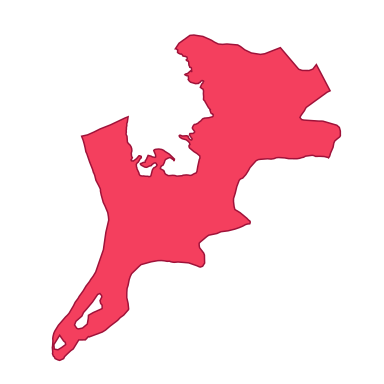 outline of Mitubas, Kafr ash Shaykh, Egypt, rotated 265°
{"feature_id": "37247803B73956026156280", "entity_name": "Mitubas", "entity_type": "district", "adm_level": 2, "iso_a3": "EGY", "parent_name": "Egypt", "parent_adm1": "Kafr ash Shaykh", "projection": "orthographic", "projection_center": [30.507, 31.383], "detail": "fine", "context": "isolated", "style": "filled", "palette": "rose", "viewbox_px": 384, "rotation_deg": 265, "n_neighbors": 0, "source": "geoboundaries", "source_scale": "gbopen_adm2", "svg_char_len": 6014}
<svg xmlns="http://www.w3.org/2000/svg" viewBox="0 0 384 384"><g transform="rotate(265 192 192)"><path d="M308.1,327.0L303.9,323.1L302.8,319.3L303.5,312.3L305.0,309.0L328.1,292.6L323.4,276.6L323.1,272.2L325.3,263.3L329.0,257.0L332.7,253.0L334.5,250.4L336.4,239.7L336.4,235.3L337.1,231.2L339.3,227.5L341.5,224.6L346.0,216.5L348.2,207.6L348.2,203.6L341.3,192.0L336.1,187.9L335.9,189.0L334.8,189.8L334.8,190.1L333.7,190.1L332.6,189.7L331.5,190.5L330.7,192.0L330.4,192.3L330.4,193.4L329.6,194.2L328.2,194.9L328.2,195.3L327.8,196.0L327.8,197.1L327.4,197.5L327.0,198.6L326.0,198.9L324.9,198.9L324.1,197.8L323.8,198.2L323.4,198.2L322.7,199.3L322.7,199.7L321.9,200.0L318.6,200.0L316.8,200.7L316.4,200.7L316.1,201.8L315.7,202.2L312.1,202.2L312.1,201.8L312.8,201.1L310.3,197.7L310.3,196.6L309.9,195.5L309.5,195.1L308.4,196.6L308.1,198.1L307.7,198.4L305.1,198.4L304.4,198.0L302.6,199.1L301.5,200.2L299.6,205.0L299.6,208.0L300.3,208.7L300.7,209.8L301.4,210.2L302.2,211.7L301.8,212.8L301.4,213.2L301.1,212.8L299.5,212.3L298.9,211.3L295.6,209.4L294.5,210.5L293.4,212.0L291.6,212.3L289.0,211.9L285.7,211.9L283.2,211.5L282.4,211.9L281.7,212.6L280.6,213.0L274.4,215.9L273.6,216.6L272.5,217.4L272.2,217.0L269.2,217.7L268.5,218.1L268.1,218.8L268.1,219.2L267.8,219.2L267.0,219.9L265.6,219.5L265.2,219.1L264.5,215.1L264.5,210.6L264.2,210.3L264.2,209.5L263.8,208.8L262.0,206.9L260.9,205.0L260.2,204.3L259.1,201.7L259.1,200.2L258.0,199.1L256.2,198.0L255.1,198.0L252.2,199.8L251.4,199.8L250.7,199.0L250.3,198.3L250.4,195.0L249.6,194.6L248.2,194.9L244.9,196.8L244.1,196.4L243.8,195.7L244.5,194.5L246.7,193.1L247.4,193.1L247.8,192.7L248.2,192.7L248.2,192.0L248.5,191.6L248.6,187.2L248.9,186.8L249.7,185.0L249.3,184.2L248.6,184.2L247.8,184.6L247.1,185.3L246.0,186.8L244.5,190.8L242.7,192.7L241.2,193.8L239.4,194.1L239.0,193.4L238.3,193.0L237.2,193.0L236.1,193.4L232.1,197.4L229.9,200.3L227.3,202.9L225.1,202.9L223.7,202.1L216.7,199.9L212.0,198.7L210.5,197.6L210.2,196.1L208.7,192.8L208.7,191.3L209.1,190.2L209.5,188.0L209.5,184.6L209.1,183.5L209.1,178.3L209.9,176.5L210.3,174.3L210.3,170.2L210.6,169.5L210.6,169.1L211.4,168.4L211.7,167.6L212.5,166.9L213.2,166.5L214.7,166.2L215.0,165.8L215.8,165.8L218.0,162.5L219.4,162.9L220.2,163.6L220.5,163.6L221.3,165.5L223.8,167.0L225.6,167.7L226.7,168.5L227.8,171.1L228.2,172.6L228.2,173.3L226.3,175.5L226.0,176.3L224.9,176.6L224.9,177.0L226.3,177.4L231.8,172.6L235.1,168.2L235.9,167.5L237.0,165.6L237.7,162.7L237.7,159.7L237.4,158.2L236.6,157.5L232.2,158.9L230.1,158.9L229.7,158.2L230.1,156.7L230.4,155.6L231.2,154.5L232.3,151.5L231.9,151.2L230.8,150.8L230.5,150.4L229.0,149.7L227.9,148.9L227.2,148.2L226.1,148.1L225.7,147.8L225.7,145.9L225.0,144.4L225.0,143.7L224.6,143.0L224.3,143.0L223.2,143.7L221.0,147.0L220.6,148.5L220.6,149.2L221.7,152.2L221.7,153.3L222.0,154.0L222.8,154.4L224.2,157.0L224.2,158.1L223.5,158.9L222.4,159.2L222.0,159.6L221.3,159.2L220.6,158.5L219.8,157.3L219.5,156.2L218.4,155.1L217.3,154.4L211.8,152.5L211.1,151.7L211.1,150.2L211.5,149.5L211.8,146.5L212.2,145.4L212.2,144.0L212.6,142.5L213.0,141.7L214.1,141.0L215.9,140.7L219.9,139.2L221.0,139.2L221.7,138.9L224.3,138.9L225.4,139.6L226.1,140.4L226.5,141.1L229.8,143.4L230.5,144.5L231.9,144.5L232.7,143.0L232.7,142.3L230.1,139.7L228.0,136.3L228.3,134.5L228.7,134.5L229.1,134.1L229.4,134.1L230.2,134.9L231.6,135.6L232.0,135.2L233.1,134.9L234.2,134.9L236.0,134.9L238.2,135.7L240.4,135.7L242.2,135.3L243.7,134.6L244.8,133.9L245.5,133.1L247.3,132.0L253.2,132.1L255.0,131.4L256.1,131.4L257.2,131.8L259.0,131.8L260.5,132.2L261.6,132.2L264.1,132.9L265.6,132.9L267.4,133.7L272.5,134.9L271.5,131.5L266.0,116.7L262.8,105.9L260.3,99.6L258.0,92.9L257.2,86.9L253.0,88.1L249.3,88.8L245.3,89.4L241.3,89.8L239.5,90.5L230.7,92.7L223.3,94.9L219.7,95.6L219.4,95.9L216.8,96.6L212.1,97.3L205.6,100.0L202.9,101.0L200.7,100.9L197.1,101.3L189.4,102.7L185.7,104.1L178.8,106.3L174.7,106.6L171.3,106.6L159.4,102.7L142.2,98.7L120.7,89.1L116.7,86.2L113.8,83.6L111.6,82.0L107.6,78.3L102.9,74.9L97.8,70.5L96.0,69.3L92.3,66.0L89.1,64.1L81.8,58.9L80.0,57.0L78.5,55.1L70.9,47.3L65.4,43.2L63.2,42.0L60.3,41.0L58.1,40.5L55.9,40.5L50.8,39.7L49.3,39.3L44.6,39.3L43.1,38.9L40.6,39.6L39.8,40.4L38.0,41.1L36.5,43.7L35.8,45.5L37.2,49.6L39.1,50.7L41.6,53.7L44.5,57.4L46.0,60.0L54.5,66.3L54.0,72.9L57.0,76.2L56.6,77.0L60.3,90.4L62.0,93.8L65.6,98.8L70.6,106.7L73.1,109.5L75.3,113.2L80.4,118.5L81.1,118.7L86.7,118.6L92.4,117.8L97.7,118.3L101.5,118.9L104.6,120.2L110.2,121.8L113.2,123.1L115.9,124.7L122.3,132.5L124.1,134.9L126.0,145.1L126.6,152.0L126.4,155.4L125.9,158.3L125.1,161.2L125.0,163.6L124.4,164.7L123.9,166.3L123.5,168.1L123.5,172.0L121.7,182.5L118.1,190.5L116.8,192.8L116.5,193.8L117.1,196.1L120.1,198.4L122.1,198.5L128.1,198.9L130.2,198.3L135.5,194.9L136.5,194.6L138.8,194.5L140.4,194.7L141.4,195.8L146.3,202.8L147.5,204.9L148.5,213.3L149.9,217.3L150.2,224.6L151.3,231.5L152.4,235.9L153.5,239.4L154.9,242.6L155.3,244.7L155.3,246.8L156.4,247.3L157.8,247.3L159.2,245.8L161.1,244.3L167.3,238.0L170.8,233.2L173.6,232.7L175.7,232.6L178.8,232.5L181.8,232.8L187.2,235.0L193.5,237.1L199.5,240.0L200.7,241.3L201.5,243.8L204.7,247.2L208.4,250.0L211.3,251.9L217.6,258.6L218.5,260.9L218.6,263.2L218.5,270.2L217.9,273.6L218.1,276.7L218.8,278.9L218.8,281.3L217.9,287.3L216.8,291.2L216.0,299.6L216.2,302.1L216.7,304.4L216.9,306.2L217.8,308.1L218.1,315.0L217.6,316.7L216.7,318.2L216.4,322.6L215.8,326.9L214.5,330.6L214.1,331.0L215.8,332.3L218.7,333.4L224.2,336.4L228.5,337.6L230.4,338.7L231.8,340.6L234.0,343.9L235.1,344.7L239.8,345.1L243.5,344.4L245.9,342.1L251.2,328.5L251.6,324.5L253.9,309.7L254.6,307.5L256.8,306.0L258.6,307.1L263.4,311.2L264.8,312.0L266.3,313.1L279.7,335.4L280.8,338.4L308.1,327.0ZM98.2,89.1L98.9,91.4L96.7,92.9L95.3,93.0L91.8,90.9L89.0,91.3L87.0,92.6L83.7,92.3L80.5,83.1L78.2,78.1L75.3,77.7L69.6,76.2L66.0,71.1L65.5,66.8L66.3,65.3L69.8,63.4L73.3,65.1L78.0,71.5L81.4,73.4L84.5,76.7L91.1,83.3L98.2,89.1ZM53.2,52.7L51.0,52.8L48.5,48.7L46.5,44.7L47.5,41.1L52.0,41.1L60.8,47.7L54.8,51.1L53.2,52.7Z" fill="#f43f5e" stroke="#9f1239" stroke-width="1.5"/></g></svg>